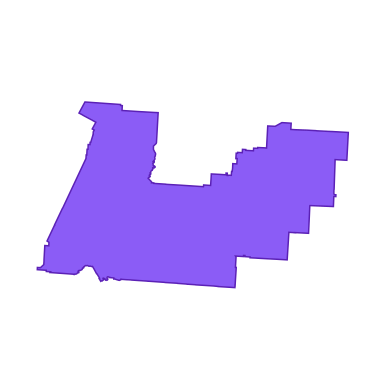 Narrandera, New South Wales, Australia, rotated 85°
{"feature_id": "25037944B16840847352668", "entity_name": "Narrandera", "entity_type": "district", "adm_level": 2, "iso_a3": "AUS", "parent_name": "Australia", "parent_adm1": "New South Wales", "projection": "orthographic", "projection_center": [146.605, -34.591], "detail": "fine", "context": "isolated", "style": "filled", "palette": "violet", "viewbox_px": 384, "rotation_deg": 85, "n_neighbors": 0, "source": "geoboundaries", "source_scale": "gbopen_adm2", "svg_char_len": 5365}
<svg xmlns="http://www.w3.org/2000/svg" viewBox="0 0 384 384"><g transform="rotate(85 192 192)"><path d="M173.9,35.0L150.7,31.7L148.9,31.5L148.8,31.4L146.3,31.1L144.0,47.0L143.5,50.9L141.9,62.4L141.7,63.1L140.4,72.1L139.8,77.0L139.0,83.3L138.3,88.1L132.1,87.2L130.7,96.4L133.8,103.4L132.8,110.8L154.7,113.9L154.3,116.0L153.4,122.7L154.2,122.8L153.7,126.8L156.3,127.2L155.2,134.8L154.4,134.7L153.9,138.0L157.2,138.5L156.5,143.1L157.4,143.3L157.2,144.6L162.6,145.4L162.7,144.1L167.9,144.9L167.3,148.9L171.9,149.5L175.1,150.2L175.0,150.8L178.8,151.4L178.4,154.6L178.7,154.7L178.6,155.5L176.3,155.2L176.1,156.4L177.7,156.7L177.7,156.8L177.8,156.8L176.9,162.6L175.7,171.2L180.0,171.8L187.1,172.9L186.0,179.8L187.7,180.1L184.1,203.5L182.1,217.1L182.0,217.6L181.9,217.6L181.4,220.8L180.1,229.4L179.6,229.3L179.3,231.4L179.0,231.2L178.8,231.2L178.7,231.2L178.2,231.7L177.6,231.9L177.5,232.0L177.2,232.4L177.1,232.5L176.5,232.9L176.0,233.3L175.3,233.7L175.0,234.3L174.8,234.4L174.5,234.5L174.1,234.1L173.7,234.0L173.6,233.8L173.5,233.6L173.5,232.9L173.1,232.5L172.8,232.3L172.6,232.2L172.4,232.3L172.3,232.5L172.0,233.0L171.8,233.1L171.7,233.1L171.4,233.0L171.0,232.4L170.7,231.7L170.4,231.4L170.2,231.4L169.9,231.6L169.6,232.1L169.4,232.2L169.2,232.0L169.1,231.8L169.1,231.5L169.0,231.4L168.8,231.3L168.2,231.3L168.0,231.2L167.5,230.9L167.2,230.3L167.0,229.9L166.9,229.7L166.7,229.6L166.2,229.6L165.7,228.9L165.2,228.8L164.7,229.1L164.4,229.1L164.3,228.9L164.5,228.5L164.5,228.4L164.7,227.9L164.7,227.5L164.1,226.7L163.9,226.5L163.7,226.5L162.9,227.0L162.7,227.2L162.7,227.3L163.0,227.7L162.9,228.0L162.6,228.2L162.5,228.3L161.5,228.3L161.1,228.3L160.2,228.4L160.0,228.5L159.8,228.3L159.6,228.3L159.5,228.2L159.6,227.9L159.6,227.7L159.5,227.4L159.4,227.3L159.2,227.5L158.8,227.4L158.6,227.0L158.1,226.9L158.0,227.0L158.1,227.3L158.2,227.8L158.1,228.0L156.5,226.4L155.8,226.0L154.0,226.2L152.8,225.3L152.3,225.4L151.6,225.2L151.1,224.9L150.4,225.0L149.9,225.1L149.3,225.5L146.2,226.7L142.9,226.4L140.6,223.5L139.7,223.1L133.5,222.2L110.0,218.8L109.2,224.6L107.2,238.3L104.7,254.6L99.9,253.9L99.6,255.6L98.6,255.5L93.0,290.8L103.5,297.7L105.7,294.3L106.1,293.9L114.1,281.7L120.5,285.9L121.2,284.9L121.8,284.0L123.6,285.2L125.3,285.3L125.6,285.5L125.7,285.4L126.1,285.4L126.1,285.5L133.8,288.6L133.7,289.2L135.9,289.5L135.7,291.3L140.4,291.9L140.3,292.8L146.0,293.6L145.9,294.2L149.4,294.7L180.9,313.0L196.9,322.3L197.0,322.5L212.8,331.8L213.1,331.9L213.4,331.8L213.5,332.1L228.2,340.7L229.6,338.9L232.2,339.2L232.3,339.3L232.5,339.4L233.1,339.4L232.5,343.3L246.4,345.3L248.3,345.5L251.4,346.0L254.1,349.5L253.8,352.0L253.7,352.6L255.9,352.9L257.3,344.0L258.5,344.1L259.2,339.6L259.3,339.6L259.5,339.8L259.9,340.2L263.5,317.6L263.8,317.0L263.7,317.0L263.6,316.8L263.6,316.6L263.6,316.2L263.7,315.6L263.7,315.4L263.6,315.0L263.6,314.3L263.5,314.0L262.8,313.3L262.7,313.1L262.5,312.9L262.5,312.7L262.6,312.0L262.5,311.8L262.2,311.7L261.7,311.6L261.4,311.8L261.4,312.2L261.2,312.4L260.6,312.1L260.4,311.6L260.3,311.4L260.3,311.2L260.3,310.8L260.4,310.3L260.4,310.0L260.2,309.5L259.9,308.9L259.8,308.5L259.5,308.2L259.0,307.9L258.8,307.8L258.5,307.8L258.4,307.8L258.3,307.5L258.4,307.2L258.1,306.8L257.8,306.8L257.6,306.7L257.7,306.4L257.3,306.3L257.0,306.1L257.0,305.9L256.6,305.5L256.2,304.9L256.2,304.6L256.0,304.3L256.0,304.2L256.2,303.9L256.2,303.5L256.2,303.3L256.2,303.2L256.1,302.8L256.1,302.7L256.2,302.3L256.3,302.2L256.5,302.0L256.7,301.7L257.0,301.0L257.0,300.6L256.9,300.2L256.9,299.9L257.3,299.0L257.5,298.5L257.6,298.2L257.6,297.9L257.5,297.6L260.2,296.3L265.1,294.2L265.1,293.9L269.8,291.6L270.1,292.1L272.6,290.9L272.4,290.8L272.4,290.6L272.5,290.3L272.8,289.9L272.9,289.7L272.9,289.4L272.4,288.8L272.1,288.3L271.9,287.8L271.7,287.6L271.4,287.5L271.2,287.5L270.7,288.0L270.3,288.2L270.1,288.1L270.1,287.9L270.1,287.7L270.2,287.4L270.9,286.4L271.1,286.2L271.9,286.0L272.2,285.8L272.4,285.6L272.5,285.3L272.4,285.2L272.3,284.7L272.3,284.4L272.4,284.1L272.2,283.8L271.7,283.5L271.5,283.4L271.4,283.4L271.3,283.5L271.2,283.5L271.1,283.9L270.9,284.0L270.6,284.1L270.2,284.1L269.6,284.0L269.4,283.9L269.3,283.7L269.2,283.6L269.2,283.4L269.1,283.1L269.2,282.9L269.2,282.7L269.5,282.4L269.8,281.8L269.9,281.6L269.9,281.4L270.1,281.4L270.8,277.4L271.9,277.5L271.9,277.4L271.9,276.9L272.0,276.5L272.2,275.9L272.7,274.9L272.9,274.2L273.4,273.1L273.6,272.4L273.7,271.9L273.6,271.5L273.0,270.8L272.9,270.6L273.0,270.5L272.7,270.3L272.8,270.2L273.6,265.3L273.9,263.1L274.2,260.9L274.4,260.1L275.6,252.6L276.0,249.9L276.9,244.2L277.0,244.0L277.2,242.4L279.6,227.3L279.8,226.8L281.6,214.7L281.9,214.0L281.9,213.6L283.2,205.6L283.4,205.0L283.5,204.4L283.5,204.2L284.7,196.6L284.8,196.5L287.5,178.7L288.4,174.1L288.5,174.1L290.2,162.7L291.0,157.6L288.8,157.3L288.9,157.2L284.8,156.6L271.0,154.5L270.9,155.3L260.7,153.8L259.6,154.3L260.8,146.4L259.7,146.2L259.9,144.8L261.0,144.9L261.8,139.8L262.6,139.9L263.5,133.4L263.6,132.9L264.4,127.4L264.7,125.4L266.4,113.3L267.9,103.1L248.0,100.1L240.6,99.0L240.7,98.3L240.8,97.7L241.3,94.4L241.4,94.2L241.6,92.9L241.4,93.0L243.3,79.5L226.3,77.2L216.4,75.9L216.1,75.9L215.8,75.7L218.8,52.4L208.8,51.1L209.1,49.1L207.3,48.9L207.2,49.7L207.0,50.2L206.9,50.3L206.7,50.5L206.4,50.7L205.9,50.8L205.7,50.8L202.1,50.4L201.9,50.3L201.8,50.2L201.7,50.2L172.2,46.6L172.5,44.7L173.9,35.0Z" fill="#8b5cf6" stroke="#5b21b6" stroke-width="1.5"/></g></svg>